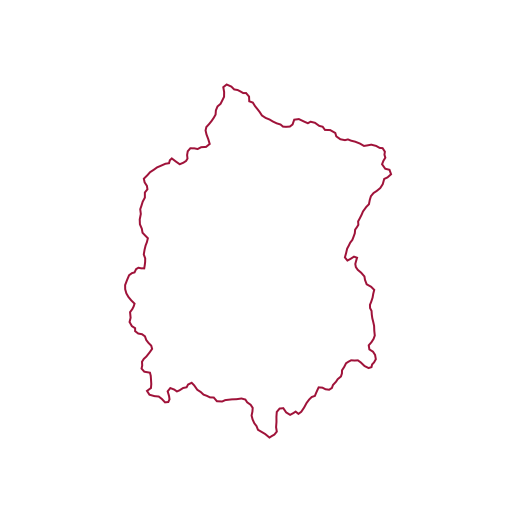 Franciscópolis, Minas Gerais, Brazil (Robinson projection), rotated 147°
{"feature_id": "56859067B40069037884515", "entity_name": "Franciscópolis", "entity_type": "district", "adm_level": 2, "iso_a3": "BRA", "parent_name": "Brazil", "parent_adm1": "Minas Gerais", "projection": "robinson", "projection_center": [-41.966, -17.999], "detail": "fine", "context": "isolated", "style": "outline", "palette": "rose", "viewbox_px": 512, "rotation_deg": 147, "n_neighbors": 0, "source": "geoboundaries", "source_scale": "gbopen_adm2", "svg_char_len": 3811}
<svg xmlns="http://www.w3.org/2000/svg" viewBox="0 0 512 512"><g transform="rotate(147 256 256)"><path d="M184.4,411.5L187.2,415.8L191.5,415.4L193.4,410.9L196.1,406.9L199.6,404.8L202.9,402.9L206.8,402.4L210.3,400.0L212.9,396.6L216.2,394.9L219.8,393.4L223.5,392.2L227.4,391.2L229.9,388.8L231.3,385.0L232.4,380.0L233.8,375.2L238.5,374.7L242.7,377.1L246.7,377.5L249.1,379.9L252.4,382.1L256.2,381.0L258.8,378.2L260.4,375.0L262.9,373.8L266.1,373.8L270.0,374.5L271.7,378.7L273.5,383.7L276.1,383.2L278.4,381.2L281.7,382.7L287.9,383.7L290.6,384.2L294.7,384.0L299.2,384.0L303.1,382.9L308.0,381.9L309.3,378.4L309.3,374.2L310.7,371.1L314.6,369.8L317.4,365.5L321.4,363.3L325.0,360.3L327.6,358.3L329.7,354.0L333.6,350.0L336.1,345.8L336.9,341.1L338.5,337.3L337.8,333.6L337.0,329.8L340.0,327.0L342.8,325.0L346.0,322.0L349.3,318.4L350.2,314.4L352.2,311.4L354.3,308.9L356.5,306.5L359.0,308.2L361.0,310.2L363.7,310.3L366.8,308.4L369.4,309.2L372.9,309.0L377.2,306.1L381.6,302.9L383.8,299.4L385.1,295.2L385.3,291.1L384.8,286.7L383.8,282.2L386.1,280.3L388.7,278.8L392.2,277.5L394.8,272.5L398.0,269.5L398.3,264.8L396.7,261.3L398.3,258.8L397.0,255.1L394.2,252.5L392.9,249.1L393.8,245.3L393.5,241.6L392.7,237.9L393.7,234.7L397.7,233.1L402.7,231.4L406.2,230.8L409.2,229.4L411.1,226.1L413.3,223.9L412.7,219.8L408.5,215.9L409.5,212.9L411.1,210.0L413.6,205.6L416.0,202.5L420.9,202.2L420.9,197.7L417.5,193.8L414.1,191.1L412.8,187.3L412.0,182.8L409.1,181.3L406.6,182.9L405.2,185.9L403.8,190.6L399.8,191.9L397.3,188.5L396.1,185.5L393.4,185.0L389.0,185.0L385.7,183.7L383.0,185.2L379.0,184.7L378.3,181.2L378.1,175.8L376.4,172.0L375.5,168.3L373.4,165.5L371.6,162.5L368.5,160.3L367.9,155.5L363.6,152.4L360.3,151.9L356.9,150.2L354.3,148.9L350.3,146.5L345.8,144.4L343.1,141.4L343.1,138.1L341.5,134.1L341.5,130.4L343.8,127.4L346.6,124.6L347.9,120.7L348.5,116.6L348.2,113.1L349.0,109.2L347.5,106.2L345.3,101.8L343.6,96.4L340.8,96.4L337.9,96.2L334.2,97.4L332.4,101.5L329.2,105.7L326.4,110.1L323.5,113.9L319.3,115.2L316.0,113.5L315.9,108.4L313.9,104.2L310.3,103.9L307.5,103.9L306.4,100.5L302.9,100.7L298.2,102.7L293.6,105.2L289.5,106.7L286.1,107.4L282.8,106.6L280.5,108.2L277.9,109.9L275.0,111.7L272.0,109.4L270.3,106.4L267.5,104.0L264.2,104.0L261.7,105.9L257.3,107.0L254.6,108.2L250.4,108.7L247.9,110.7L246.1,113.3L242.5,114.9L238.9,117.0L236.0,117.0L233.0,116.7L230.2,114.6L227.4,113.0L226.1,109.7L224.9,104.6L222.6,100.7L219.7,99.9L217.7,101.8L214.9,102.5L211.7,104.2L210.0,108.2L210.0,112.0L211.8,115.9L210.1,119.7L206.2,120.8L202.6,122.4L199.7,124.6L197.5,128.9L195.0,133.1L193.6,136.8L192.3,140.6L190.8,143.8L189.0,147.0L188.7,150.2L187.0,153.0L184.4,154.8L180.9,157.6L178.2,160.5L175.3,163.2L176.2,167.5L178.6,172.0L177.6,176.6L176.2,179.8L176.9,184.7L178.2,189.0L178.3,192.3L177.1,195.2L174.8,197.3L172.2,199.5L174.2,202.1L178.3,202.1L181.8,202.4L182.2,206.4L178.6,209.6L175.6,212.5L172.5,214.2L169.7,215.9L166.5,217.0L164.1,218.7L160.8,221.2L158.5,224.1L155.7,225.2L153.2,226.4L151.5,229.4L148.2,231.2L144.8,233.2L142.0,235.1L136.8,237.1L133.1,237.9L130.0,241.1L127.0,243.6L123.1,244.8L119.4,244.8L114.8,245.3L110.6,247.2L106.5,250.8L102.9,250.3L98.2,251.0L97.1,255.6L100.1,258.8L100.3,264.3L97.2,266.5L94.0,268.0L93.1,271.0L91.1,273.3L91.1,277.5L93.4,279.3L95.3,282.9L98.7,286.6L102.6,288.2L105.5,289.5L107.6,293.7L110.6,297.9L113.5,301.0L115.4,303.7L118.3,304.7L121.7,308.0L123.5,312.6L122.5,316.0L125.2,321.2L129.5,324.2L129.7,328.1L132.1,330.7L134.0,335.6L137.1,338.9L140.2,339.1L142.3,342.3L145.5,347.5L149.7,349.5L153.7,346.4L157.1,346.1L160.5,348.0L162.9,349.8L163.8,352.9L166.4,356.0L168.6,359.6L170.3,363.1L172.7,366.5L174.5,370.6L174.5,374.9L174.8,378.4L175.2,382.3L175.1,386.4L177.4,389.4L175.0,393.5L175.6,398.1L178.0,399.6L179.4,402.4L181.0,405.2L183.6,407.6L184.4,411.5Z" fill="none" stroke="#9f1239" stroke-width="2"/></g></svg>